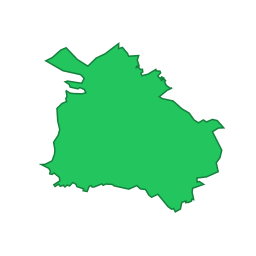 outline of Madulari, Vâlcea, Romania, rotated 166°
{"feature_id": "2599482B97246339752941", "entity_name": "Madulari", "entity_type": "district", "adm_level": 2, "iso_a3": "ROU", "parent_name": "Romania", "parent_adm1": "Vâlcea", "projection": "natural_earth1", "projection_center": [24.096, 44.675], "detail": "medium", "context": "isolated", "style": "filled", "palette": "green", "viewbox_px": 256, "rotation_deg": 166, "n_neighbors": 0, "source": "geoboundaries", "source_scale": "gbopen_adm2", "svg_char_len": 1863}
<svg xmlns="http://www.w3.org/2000/svg" viewBox="0 0 256 256"><g transform="rotate(166 128 128)"><path d="M168.6,220.8L174.4,219.9L184.5,214.6L191.5,213.1L177.2,199.3L161.0,191.2L158.5,186.8L162.1,182.6L175.4,188.2L177.8,188.0L174.5,184.5L174.2,181.7L167.1,178.1L165.0,178.9L161.1,176.0L160.3,172.4L164.4,172.3L172.9,174.7L175.6,175.8L178.8,178.9L178.3,179.5L179.2,178.7L179.5,173.5L181.3,171.4L181.1,168.5L186.0,167.8L192.2,164.2L194.5,151.8L194.6,143.1L197.5,137.8L203.6,132.2L204.2,124.4L205.7,120.3L209.6,114.5L217.3,112.8L220.9,113.5L214.6,108.0L213.7,105.0L215.1,102.5L212.9,101.3L210.6,102.2L206.6,96.9L206.9,93.2L213.7,90.9L212.9,88.9L209.1,90.3L207.8,87.8L204.7,88.1L203.5,86.1L200.9,87.4L198.8,85.9L194.7,88.4L192.3,86.3L191.7,83.5L185.8,79.7L186.7,78.0L183.0,76.3L179.7,80.8L177.7,81.0L177.0,79.3L174.8,79.0L166.9,80.1L166.0,78.4L163.2,79.0L156.9,77.1L155.4,75.2L142.0,68.5L133.4,70.0L130.7,65.9L125.9,64.1L124.1,58.1L121.9,55.1L115.1,56.5L108.1,41.9L105.3,38.6L103.2,38.8L102.4,35.2L96.7,36.7L93.8,42.8L89.6,43.2L90.1,41.6L87.3,41.2L84.1,41.7L83.3,43.5L81.6,42.6L81.3,50.3L79.8,53.9L68.2,55.0L71.8,58.9L73.9,58.7L73.3,62.8L63.6,61.6L51.1,63.8L50.8,72.9L46.0,76.9L42.4,83.8L47.0,103.9L40.4,106.1L35.1,105.0L39.6,113.6L44.0,115.9L50.5,114.9L52.9,117.6L58.4,116.0L62.0,119.9L65.0,127.6L71.2,133.7L77.7,143.3L87.6,148.2L90.1,150.8L81.0,155.1L75.5,156.2L77.5,156.4L80.6,160.1L81.4,164.3L80.1,164.7L81.1,167.0L84.0,166.0L84.3,166.9L81.5,168.1L82.9,169.4L85.1,168.5L86.1,170.4L86.4,171.4L83.0,173.6L83.2,175.4L86.7,176.6L86.8,178.1L95.6,175.4L101.8,175.4L102.3,178.0L100.1,178.8L99.8,181.5L101.7,181.6L103.1,184.4L105.4,184.7L104.5,185.9L102.2,185.6L102.6,191.6L100.1,195.7L110.1,197.5L110.4,200.3L113.9,207.5L117.9,207.3L116.6,212.2L132.4,205.5L142.0,203.5L152.0,197.7L160.6,206.7L168.6,220.8Z" fill="#22c55e" stroke="#15803d" stroke-width="1.5"/></g></svg>